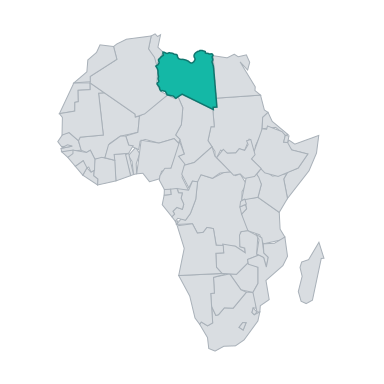 Africa, with Libya highlighted, rotated 356°
{"feature_id": "LBY", "entity_name": "Libya", "entity_type": "country or territory", "adm_level": 0, "iso_a3": "LBY", "parent_name": "Africa", "parent_adm1": "", "projection": "natural_earth1", "projection_center": [17.634, 26.339], "detail": "fine", "context": "in_parent", "style": "filled", "palette": "teal", "viewbox_px": 384, "rotation_deg": 356, "n_neighbors": 49, "source": "natural_earth", "source_scale": "50m", "svg_char_len": 12805}
<svg xmlns="http://www.w3.org/2000/svg" viewBox="0 0 384 384"><g transform="rotate(356 192 192)"><path d="M257.4,201.9L277.6,218.4L277.3,235.2L281.5,243.4L278.4,245.9L259.5,248.7L256.5,239.4L245.1,234.6L240.9,226.5L239.9,217.6L245.3,212.5L244.1,202.7L257.4,201.9Z" fill="#d9dde1" stroke="#a8b0b8" stroke-width="1"/><path d="M98.0,76.1L97.6,82.8L85.5,82.6L84.9,94.0L81.4,94.4L80.7,103.1L65.2,104.6L81.8,74.9L98.0,76.1Z" fill="#d9dde1" stroke="#a8b0b8" stroke-width="1"/><path d="M239.9,217.6L245.1,234.6L237.5,235.4L236.0,249.9L240.7,251.6L240.9,256.4L231.4,249.1L212.4,246.8L210.8,230.0L204.5,228.4L200.4,233.0L194.5,233.4L190.2,223.7L174.3,223.3L179.7,217.6L183.5,219.7L188.9,213.3L195.2,199.6L198.6,179.1L202.2,175.4L213.4,179.8L225.8,174.4L232.4,174.5L236.4,178.7L241.3,177.3L246.9,187.9L242.0,195.0L239.9,217.6Z" fill="#d9dde1" stroke="#a8b0b8" stroke-width="1"/><path d="M286.8,205.1L284.4,185.4L288.8,178.9L299.6,175.5L310.2,162.2L294.4,157.0L290.0,150.9L292.2,146.9L297.9,151.4L322.4,144.4L318.9,161.9L310.2,179.0L286.8,205.1Z" fill="#d9dde1" stroke="#a8b0b8" stroke-width="1"/><path d="M277.6,218.4L257.4,201.9L261.7,189.2L257.7,178.9L262.6,173.3L273.5,181.8L287.8,180.3L284.4,185.4L286.8,205.1L277.6,218.4Z" fill="#d9dde1" stroke="#a8b0b8" stroke-width="1"/><path d="M221.6,161.2L218.7,159.3L217.4,158.0L217.7,153.0L211.5,141.9L215.5,128.2L218.8,128.5L218.5,109.0L222.8,109.0L222.7,100.1L267.1,100.1L269.9,115.2L273.4,117.9L267.7,122.5L265.8,137.6L258.4,150.6L257.5,159.2L252.6,143.4L247.4,154.2L242.2,152.1L238.3,156.1L229.9,155.8L223.5,152.2L219.0,159.5L221.6,161.2Z" fill="#d9dde1" stroke="#a8b0b8" stroke-width="1"/><path d="M218.5,110.9L218.8,128.5L215.5,128.2L211.5,141.9L215.1,148.3L196.4,162.7L186.2,164.8L181.1,155.4L186.9,153.5L183.6,138.6L179.6,134.0L186.1,124.0L188.7,107.3L184.8,96.3L188.5,93.8L218.5,110.9Z" fill="#d9dde1" stroke="#a8b0b8" stroke-width="1"/><path d="M190.4,324.5L192.2,322.3L198.2,326.6L203.5,324.0L203.6,307.6L207.2,316.8L209.8,316.3L216.2,309.8L224.9,310.8L239.3,295.7L245.8,296.4L248.3,305.8L247.8,312.4L244.9,311.9L243.4,316.4L245.5,318.8L251.3,316.4L248.7,325.3L233.6,343.2L224.6,348.5L213.0,348.1L203.9,352.3L197.8,349.3L197.3,338.3L190.4,324.5ZM236.8,326.2L233.5,325.8L229.5,330.3L233.4,333.3L236.8,326.2Z" fill="#d9dde1" stroke="#a8b0b8" stroke-width="1"/><path d="M236.8,326.2L233.4,333.3L229.5,330.3L233.5,325.8L236.8,326.2Z" fill="#d9dde1" stroke="#a8b0b8" stroke-width="1"/><path d="M245.8,296.4L234.0,293.0L223.9,276.3L230.6,277.2L243.0,266.4L252.6,271.7L251.5,287.7L245.8,296.4Z" fill="#d9dde1" stroke="#a8b0b8" stroke-width="1"/><path d="M239.3,295.7L224.9,310.8L216.2,309.8L209.8,316.3L207.2,316.8L203.6,307.6L203.6,294.6L207.3,294.4L207.5,278.6L223.9,276.3L234.0,293.0L239.3,295.7Z" fill="#d9dde1" stroke="#a8b0b8" stroke-width="1"/><path d="M203.6,294.6L203.5,324.0L198.2,326.6L192.2,322.3L190.4,324.5L186.2,317.9L182.5,295.7L172.9,274.4L223.2,275.6L207.5,278.6L207.3,294.4L203.6,294.6Z" fill="#d9dde1" stroke="#a8b0b8" stroke-width="1"/><path d="M64.9,137.5L61.6,132.4L67.6,124.8L73.5,124.1L82.3,132.9L84.4,142.6L64.8,142.8L64.3,139.4L75.7,137.9L64.9,137.5Z" fill="#d9dde1" stroke="#a8b0b8" stroke-width="1"/><path d="M84.4,142.6L82.3,132.9L84.3,129.5L107.5,129.0L105.7,86.9L111.4,86.9L140.7,110.4L140.7,113.2L144.9,112.8L142.2,128.7L124.4,131.3L113.1,138.0L107.5,151.8L97.4,152.5L93.5,143.2L89.5,145.2L84.4,142.6Z" fill="#d9dde1" stroke="#a8b0b8" stroke-width="1"/><path d="M65.2,104.6L80.7,103.1L81.4,94.4L84.9,94.0L85.5,82.6L97.6,82.8L98.0,76.1L111.4,86.9L105.7,86.9L107.5,129.0L84.3,129.5L82.3,132.9L73.5,124.1L66.3,126.2L67.9,108.6L65.2,104.6Z" fill="#d9dde1" stroke="#a8b0b8" stroke-width="1"/><path d="M138.1,170.0L134.9,170.5L134.3,157.3L131.0,151.3L139.0,143.5L142.5,150.1L138.3,160.0L138.1,170.0Z" fill="#d9dde1" stroke="#a8b0b8" stroke-width="1"/><path d="M184.8,96.3L188.7,107.3L186.1,124.0L179.6,134.0L183.6,138.6L182.0,142.4L177.9,137.5L162.4,140.9L148.9,136.3L143.8,137.7L141.8,146.0L132.1,140.8L129.8,131.5L142.2,128.7L144.9,112.8L174.2,93.6L182.1,97.9L184.8,96.3Z" fill="#d9dde1" stroke="#a8b0b8" stroke-width="1"/><path d="M138.1,170.0L144.9,136.8L162.4,140.9L177.9,137.5L183.5,144.2L172.7,166.8L163.1,169.2L160.3,176.6L150.3,178.8L144.3,169.9L138.1,170.0Z" fill="#d9dde1" stroke="#a8b0b8" stroke-width="1"/><path d="M183.2,140.7L186.9,153.5L181.1,155.4L186.8,163.6L183.1,176.7L188.7,190.0L164.6,187.6L160.2,177.8L161.2,173.4L166.5,166.5L172.7,166.8L183.2,140.7Z" fill="#d9dde1" stroke="#a8b0b8" stroke-width="1"/><path d="M131.5,149.0L134.9,170.5L131.9,171.4L127.9,150.3L131.5,149.0Z" fill="#d9dde1" stroke="#a8b0b8" stroke-width="1"/><path d="M128.2,148.9L131.9,171.4L116.9,175.6L116.9,149.1L128.2,148.9Z" fill="#d9dde1" stroke="#a8b0b8" stroke-width="1"/><path d="M97.4,152.5L104.4,151.1L117.2,155.0L116.9,175.6L98.3,178.4L98.9,172.4L95.0,169.0L97.4,152.5Z" fill="#d9dde1" stroke="#a8b0b8" stroke-width="1"/><path d="M76.2,141.9L89.5,145.2L93.5,143.2L97.4,152.5L96.3,163.6L92.7,165.3L90.7,159.9L87.8,160.7L85.7,153.2L77.4,158.3L70.5,148.8L76.2,141.9Z" fill="#d9dde1" stroke="#a8b0b8" stroke-width="1"/><path d="M64.8,142.8L76.2,141.9L75.9,145.4L70.5,148.8L64.8,142.8Z" fill="#d9dde1" stroke="#a8b0b8" stroke-width="1"/><path d="M95.7,163.7L95.0,169.0L98.9,172.4L98.3,178.4L84.2,167.6L88.9,160.5L92.7,165.3L95.7,163.7Z" fill="#d9dde1" stroke="#a8b0b8" stroke-width="1"/><path d="M77.4,158.3L85.7,153.2L88.9,160.5L84.2,167.6L77.4,158.3Z" fill="#d9dde1" stroke="#a8b0b8" stroke-width="1"/><path d="M107.5,151.8L112.0,139.1L124.4,131.3L129.8,131.5L132.1,140.8L136.5,141.8L131.5,149.0L116.9,149.1L117.2,155.0L107.5,151.8Z" fill="#d9dde1" stroke="#a8b0b8" stroke-width="1"/><path d="M232.4,174.5L221.1,175.1L213.4,179.8L202.2,175.4L198.3,182.2L193.2,181.2L189.0,187.6L183.0,173.5L186.2,164.8L196.4,162.7L215.1,148.3L217.4,158.0L232.4,174.5Z" fill="#d9dde1" stroke="#a8b0b8" stroke-width="1"/><path d="M198.3,182.2L195.2,199.6L188.9,213.3L183.5,219.7L176.0,217.3L173.3,220.0L170.2,215.3L173.1,212.8L171.6,209.9L175.8,206.3L181.2,208.6L182.9,203.6L180.7,197.5L182.3,192.4L178.5,191.9L177.7,187.6L188.7,190.0L193.2,181.2L198.3,182.2Z" fill="#d9dde1" stroke="#a8b0b8" stroke-width="1"/><path d="M170.8,187.7L177.2,187.4L178.5,191.9L182.3,192.4L180.7,197.5L182.9,203.6L181.2,208.6L175.8,206.3L171.6,209.9L173.1,212.8L170.2,215.3L161.4,202.6L164.0,193.2L170.9,193.0L170.8,187.7Z" fill="#d9dde1" stroke="#a8b0b8" stroke-width="1"/><path d="M164.6,187.6L170.8,187.7L170.9,193.0L164.0,193.2L164.6,187.6Z" fill="#d9dde1" stroke="#a8b0b8" stroke-width="1"/><path d="M245.1,234.6L254.6,240.5L252.2,258.4L254.2,259.6L242.7,263.2L243.0,266.4L230.6,277.2L216.2,275.3L211.2,268.9L211.5,254.8L219.4,254.9L219.0,246.1L231.4,249.1L240.9,256.4L240.7,251.6L236.0,249.9L236.4,238.3L238.5,234.9L245.1,234.6Z" fill="#d9dde1" stroke="#a8b0b8" stroke-width="1"/><path d="M252.8,238.5L258.5,242.7L259.4,257.8L263.5,262.4L260.9,272.1L258.9,262.4L252.2,258.4L255.5,244.3L252.8,238.5Z" fill="#d9dde1" stroke="#a8b0b8" stroke-width="1"/><path d="M259.5,248.7L270.6,248.9L281.5,243.4L282.8,262.8L277.5,271.8L259.6,285.4L261.5,304.7L252.2,310.2L251.3,316.4L248.5,316.3L245.8,296.4L251.5,287.7L252.6,271.7L243.2,268.0L242.7,263.2L254.2,259.6L258.9,262.4L260.9,272.1L263.5,262.4L259.4,257.8L259.5,248.7Z" fill="#d9dde1" stroke="#a8b0b8" stroke-width="1"/><path d="M248.5,316.3L245.5,318.8L243.4,316.4L244.9,311.9L248.5,316.3Z" fill="#d9dde1" stroke="#a8b0b8" stroke-width="1"/><path d="M173.3,220.0L176.0,219.8L174.3,223.3L173.3,220.0ZM174.9,224.7L190.2,223.7L194.5,233.4L200.4,233.0L204.5,228.4L210.8,230.0L212.4,246.8L219.4,247.4L219.4,254.9L211.5,254.8L211.2,268.9L216.2,275.3L172.9,274.4L180.3,247.7L174.9,224.7Z" fill="#d9dde1" stroke="#a8b0b8" stroke-width="1"/><path d="M244.3,208.4L245.3,212.5L239.9,217.6L238.7,210.2L244.3,208.4Z" fill="#d9dde1" stroke="#a8b0b8" stroke-width="1"/><path d="M315.1,251.0L319.0,267.3L316.3,267.3L304.6,308.3L298.1,311.3L293.2,308.6L291.1,298.7L296.0,283.8L294.5,274.8L296.5,269.5L303.6,267.6L315.1,251.0Z" fill="#d9dde1" stroke="#a8b0b8" stroke-width="1"/><path d="M64.3,139.4L71.1,136.2L75.7,137.9L64.3,139.4Z" fill="#d9dde1" stroke="#a8b0b8" stroke-width="1"/><path d="M165.3,63.1L158.6,46.2L162.2,33.5L166.2,31.7L168.5,34.5L171.6,32.9L168.1,45.2L172.9,50.5L165.3,63.1Z" fill="#d9dde1" stroke="#a8b0b8" stroke-width="1"/><path d="M98.0,76.1L98.5,69.6L126.3,54.4L123.9,41.4L127.5,39.0L137.3,35.0L162.2,33.5L158.6,46.2L164.0,55.1L166.4,67.0L164.4,81.9L167.9,89.5L174.2,93.6L150.2,110.8L140.7,113.2L140.7,110.4L98.0,76.1Z" fill="#d9dde1" stroke="#a8b0b8" stroke-width="1"/><path d="M266.4,133.8L267.7,122.5L273.4,117.9L276.9,127.1L291.8,141.4L289.0,142.1L280.0,133.4L266.4,133.8Z" fill="#d9dde1" stroke="#a8b0b8" stroke-width="1"/><path d="M81.8,74.9L95.5,64.8L97.3,53.0L106.5,46.1L110.5,38.8L123.9,41.4L126.3,54.4L98.5,69.6L98.2,74.9L81.8,74.9Z" fill="#d9dde1" stroke="#a8b0b8" stroke-width="1"/><path d="M267.1,100.1L222.7,100.1L222.6,57.5L236.4,60.6L243.8,57.5L247.5,60.3L255.8,59.0L258.6,66.7L256.0,74.2L249.0,65.5L262.4,91.5L261.9,95.2L267.1,100.1Z" fill="#d9dde1" stroke="#a8b0b8" stroke-width="1"/><path d="M310.2,162.2L299.6,175.5L279.0,182.5L266.0,178.0L253.6,163.2L266.4,133.8L270.8,134.7L271.9,131.4L286.1,138.1L289.0,142.1L286.9,148.7L290.8,149.3L294.4,157.0L310.2,162.2Z" fill="#d9dde1" stroke="#a8b0b8" stroke-width="1"/><path d="M289.0,142.1L292.7,142.8L290.8,149.3L286.9,148.7L289.0,142.1Z" fill="#d9dde1" stroke="#a8b0b8" stroke-width="1"/><path d="M257.4,201.9L240.9,203.6L247.2,180.9L257.7,178.9L259.6,181.9L261.7,189.2L257.4,201.9Z" fill="#d9dde1" stroke="#a8b0b8" stroke-width="1"/><path d="M244.1,202.7L245.4,207.8L238.7,210.2L239.8,204.8L244.1,202.7Z" fill="#d9dde1" stroke="#a8b0b8" stroke-width="1"/><path d="M245.6,182.1L241.3,177.3L234.7,178.2L219.0,159.5L226.2,151.6L229.9,155.8L238.3,156.1L242.2,152.1L247.4,154.2L251.3,148.6L250.0,144.7L254.3,143.7L257.5,159.2L253.6,163.2L262.6,173.3L255.4,180.9L245.6,182.1Z" fill="#d9dde1" stroke="#a8b0b8" stroke-width="1"/><path d="M165.5,63.4L165.9,63.2L166.5,62.9L166.8,62.7L167.0,62.6L167.5,61.9L167.7,61.5L168.1,61.0L168.2,60.6L168.2,60.3L168.2,59.9L167.9,58.9L167.7,57.9L167.9,57.6L168.1,57.4L168.3,57.0L168.5,56.9L169.1,56.7L169.3,56.4L169.5,56.1L169.6,55.9L169.9,55.7L170.2,55.5L170.4,55.2L171.0,54.8L171.6,54.4L172.3,54.0L172.9,53.7L173.0,53.4L173.0,53.2L172.7,52.7L172.7,52.1L172.8,51.5L172.8,51.2L172.9,50.4L173.5,50.6L174.1,50.7L175.7,51.7L176.3,51.9L177.4,52.0L178.8,51.5L179.4,51.5L180.3,51.9L180.7,52.0L181.4,52.0L182.5,52.4L182.8,52.5L183.5,53.1L183.8,53.3L186.2,53.8L186.6,54.2L186.9,54.8L186.9,55.7L187.1,56.3L187.4,57.1L187.7,57.6L188.1,58.1L188.6,58.4L189.6,58.8L190.8,59.0L192.0,59.0L194.1,59.6L195.9,60.3L196.3,60.7L197.2,61.0L198.9,62.6L199.9,63.2L200.6,63.3L201.2,63.2L202.3,62.6L202.8,62.3L203.8,60.9L204.2,60.2L204.3,59.7L204.3,59.1L204.2,58.7L203.9,58.2L203.6,57.5L203.5,56.4L203.7,55.6L203.9,55.1L204.2,54.6L205.1,53.6L206.0,53.0L207.6,52.1L208.5,52.1L208.9,52.0L209.7,51.4L210.0,51.3L210.4,51.5L211.7,51.5L212.2,51.6L212.9,52.0L213.7,52.2L214.3,52.5L215.0,52.8L215.1,53.6L215.1,53.8L215.0,54.1L215.7,54.6L217.6,54.8L217.9,55.0L218.5,55.4L218.8,55.5L220.1,55.6L220.8,55.5L221.5,55.6L221.8,55.8L222.1,56.1L222.4,56.8L222.5,57.1L222.4,57.2L222.2,57.5L221.8,58.1L221.5,58.5L221.5,59.1L221.6,59.7L221.8,60.3L222.0,61.0L221.9,61.4L221.8,62.0L221.6,62.4L221.1,63.3L221.0,63.6L221.1,63.9L221.4,65.0L221.5,65.3L221.7,66.4L221.9,67.2L222.1,67.9L222.1,68.1L222.1,69.1L222.2,70.1L222.2,71.1L222.2,72.1L222.2,73.1L222.2,74.1L222.2,75.1L222.3,76.1L222.3,77.1L222.3,78.1L222.3,79.1L222.3,80.1L222.3,81.1L222.4,82.1L222.4,83.1L222.4,84.1L222.4,85.1L222.4,86.1L222.4,87.1L222.5,88.1L222.5,89.1L222.5,90.1L222.5,91.1L222.5,92.1L222.5,93.1L222.5,94.1L222.6,95.1L222.6,96.1L222.6,97.1L222.6,98.1L222.6,99.1L222.6,100.1L222.7,102.3L222.7,104.6L222.7,106.8L222.7,109.0L221.8,109.0L220.8,109.0L219.9,109.0L219.0,109.0L219.0,109.6L219.0,110.1L219.0,110.7L219.0,111.2L217.2,110.2L215.4,109.1L213.6,108.1L211.8,107.0L210.0,106.0L208.2,104.9L206.4,103.9L204.6,102.8L202.8,101.8L201.0,100.7L199.2,99.7L197.4,98.6L195.6,97.6L193.8,96.5L192.0,95.5L190.2,94.4L189.0,93.7L187.7,94.4L186.6,94.9L185.3,95.7L183.7,96.6L182.5,97.4L182.4,97.4L181.1,96.1L180.1,95.1L179.7,94.9L177.8,94.4L176.0,93.9L174.0,93.4L173.7,92.6L173.3,91.7L172.8,90.6L172.5,89.9L172.4,89.8L170.9,89.3L169.3,88.7L168.4,89.1L168.2,89.0L168.0,88.8L167.7,88.6L167.6,88.2L167.2,87.7L166.9,86.5L166.9,85.6L166.8,85.3L166.0,84.0L165.3,82.8L164.8,82.0L164.8,81.6L164.8,81.2L165.0,80.8L165.7,80.3L166.4,79.8L166.5,79.5L166.6,78.5L166.3,78.2L166.2,77.6L166.1,76.9L166.1,76.4L166.4,75.4L166.7,74.3L166.5,73.2L166.4,70.9L166.5,69.1L166.5,68.4L166.4,68.1L166.2,67.3L166.0,66.4L165.8,66.1L165.5,65.4L165.0,64.5L164.7,63.9L165.1,63.7L165.5,63.4Z" fill="#14b8a6" stroke="#0f766e" stroke-width="1.5"/></g></svg>